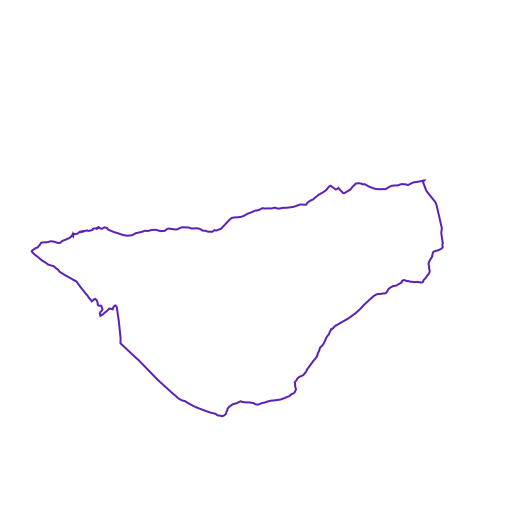 outline of Vlahita, Harghita, Romania, rotated 55°
{"feature_id": "2599482B50254025578700", "entity_name": "Vlahita", "entity_type": "district", "adm_level": 2, "iso_a3": "ROU", "parent_name": "Romania", "parent_adm1": "Harghita", "projection": "orthographic", "projection_center": [25.586, 46.382], "detail": "fine", "context": "isolated", "style": "outline", "palette": "violet", "viewbox_px": 512, "rotation_deg": 55, "n_neighbors": 0, "source": "geoboundaries", "source_scale": "gbopen_adm2", "svg_char_len": 6095}
<svg xmlns="http://www.w3.org/2000/svg" viewBox="0 0 512 512"><g transform="rotate(55 256 256)"><path d="M367.9,375.6L368.3,373.6L368.3,372.8L368.3,372.4L367.9,370.9L367.4,370.3L366.9,369.8L366.4,369.3L365.7,367.7L365.3,367.4L365.1,367.1L364.8,366.8L364.6,366.2L364.3,365.2L364.2,364.0L364.2,363.2L364.2,362.9L364.1,361.3L364.1,360.5L364.1,360.0L364.2,359.7L364.2,359.4L364.7,358.4L364.9,357.9L364.9,357.6L365.1,357.2L365.3,356.9L365.5,356.6L365.5,355.8L365.8,354.5L366.0,353.0L366.1,352.2L366.3,351.8L366.4,351.7L366.7,351.5L367.1,351.4L367.3,351.4L367.5,351.2L368.2,350.3L369.2,349.3L370.7,347.5L371.1,346.9L372.2,345.3L373.9,343.7L374.8,342.6L376.7,341.8L377.5,341.2L377.9,340.8L378.6,340.1L379.0,339.3L379.2,338.4L379.3,337.7L379.8,335.9L380.8,333.4L381.1,332.6L381.8,330.2L382.6,327.9L383.0,326.9L384.8,323.8L387.6,318.3L387.8,317.7L388.6,314.8L389.3,311.3L390.0,308.9L389.7,308.0L389.6,306.6L389.5,305.9L390.1,304.0L390.1,303.1L389.6,302.2L388.2,299.7L385.7,298.9L382.8,297.1L381.8,296.7L381.4,295.9L381.2,294.9L380.8,293.5L380.3,292.9L380.1,292.3L379.9,291.1L379.9,289.8L380.1,288.5L380.4,287.4L380.6,286.6L380.6,285.6L380.3,284.0L379.9,283.3L379.9,282.5L379.4,281.0L378.6,280.0L378.2,279.2L378.0,278.5L377.4,276.8L375.9,272.4L375.4,270.8L374.9,269.5L374.2,266.4L373.7,265.1L373.2,263.7L372.4,262.4L371.4,261.6L370.5,259.9L370.4,259.5L369.4,258.1L368.9,257.4L368.3,256.8L367.9,256.3L367.8,255.2L367.6,254.7L367.5,253.7L367.2,252.7L366.9,251.6L366.5,250.6L366.2,250.2L365.5,249.1L365.3,248.5L365.0,248.0L363.8,246.2L362.8,244.3L362.5,243.5L362.4,243.0L361.9,241.2L359.1,236.6L359.5,236.2L359.5,235.8L359.3,235.6L359.4,235.2L359.2,234.7L359.3,234.2L358.6,230.6L358.9,230.2L358.9,229.0L359.0,228.6L359.1,226.5L359.2,225.6L360.1,216.2L360.0,211.8L360.0,207.5L359.3,201.9L358.2,196.6L357.4,191.7L356.3,182.5L356.5,179.7L357.2,177.7L358.9,175.0L359.4,173.7L360.9,171.2L360.7,170.2L360.5,169.7L360.4,169.0L360.1,168.4L359.3,167.1L359.2,166.9L359.2,166.5L359.1,166.2L359.1,165.6L358.9,164.9L358.9,164.0L359.1,163.2L359.1,162.4L359.2,162.1L359.1,161.6L359.6,160.3L360.7,158.1L360.8,156.5L360.8,156.1L361.2,152.2L361.1,151.6L360.4,151.2L360.3,150.6L360.3,149.8L360.4,149.0L360.7,148.4L362.6,147.1L362.9,146.7L363.5,146.4L364.1,145.3L364.4,145.2L365.3,144.6L365.6,144.2L366.6,143.2L367.1,142.3L368.0,141.5L368.0,141.4L368.6,140.7L368.8,140.3L369.0,139.7L369.7,139.1L369.7,138.7L370.4,138.1L370.6,137.8L370.8,137.7L371.1,137.3L371.5,136.7L371.8,136.5L372.2,136.4L372.9,135.1L373.0,134.6L372.8,133.7L372.4,133.4L372.2,133.0L371.8,132.3L371.7,131.3L371.1,128.9L371.0,128.6L370.2,126.9L370.1,126.6L370.0,125.6L369.6,124.5L369.2,123.8L368.1,122.4L367.0,121.9L364.8,121.0L363.8,120.1L362.0,119.5L361.3,119.2L360.9,118.6L360.4,117.9L359.9,117.4L359.6,116.8L359.4,116.2L359.0,115.6L358.7,115.0L358.6,114.4L358.1,113.6L357.9,112.7L357.4,111.9L356.9,111.8L356.4,110.9L355.8,110.3L354.6,109.1L354.4,107.9L354.5,107.3L354.6,106.7L354.8,105.8L355.4,105.0L355.8,103.1L355.8,102.8L356.0,102.4L356.2,102.0L356.2,101.0L356.3,100.8L356.3,99.5L355.9,98.1L355.3,97.6L354.1,97.3L352.7,95.9L352.7,95.7L343.3,91.0L339.8,87.8L317.6,78.8L314.4,78.2L300.4,79.1L291.3,76.8L290.6,74.9L290.0,76.1L288.7,79.4L286.2,84.4L285.8,85.9L285.1,90.7L283.3,92.2L280.8,95.1L280.0,97.3L279.5,99.5L277.4,102.5L276.2,105.0L275.8,107.2L275.6,111.4L271.2,117.8L269.2,120.0L264.2,123.5L259.6,125.7L258.4,127.6L257.3,128.1L255.6,129.7L254.6,131.3L253.9,132.9L254.3,134.5L254.7,137.4L255.7,140.4L255.2,147.5L254.6,148.5L249.4,149.3L247.5,149.4L247.6,151.4L247.3,152.5L241.1,154.7L241.0,156.4L242.3,160.8L242.3,164.3L241.8,169.4L242.0,172.3L242.1,174.3L242.4,177.0L241.8,179.4L241.8,181.8L242.0,183.6L242.7,185.6L239.1,190.4L237.3,197.0L234.1,203.2L232.2,205.9L230.5,209.8L229.1,211.5L227.4,212.6L226.7,214.0L226.0,216.0L224.6,217.8L222.0,221.8L220.6,223.1L219.9,227.2L219.3,229.0L218.3,230.7L217.6,234.7L216.5,238.7L216.2,242.7L215.5,245.5L213.8,248.9L212.6,250.6L210.9,253.9L211.1,256.7L211.9,260.6L213.7,269.5L213.4,269.8L212.5,273.3L212.2,274.2L211.0,275.2L211.1,277.9L208.3,281.6L206.1,283.2L204.4,285.4L202.9,285.7L200.5,287.3L199.0,289.0L198.0,290.8L196.6,293.0L194.6,294.3L193.6,295.4L190.3,299.7L189.7,301.1L189.0,305.0L188.6,306.1L186.4,308.7L183.5,311.7L182.9,313.3L183.0,316.5L182.1,317.8L180.7,320.2L179.8,320.8L178.0,322.2L176.9,323.2L175.9,325.0L175.0,326.1L173.3,330.7L172.0,331.9L171.4,333.1L170.9,335.2L168.8,340.4L168.4,341.1L167.9,345.6L166.1,348.8L166.1,349.0L165.2,350.2L162.2,353.2L159.3,355.2L155.1,358.5L152.5,360.2L150.9,361.2L149.4,362.0L147.7,362.0L145.5,363.8L145.4,366.1L144.7,367.5L142.8,368.1L142.5,370.1L141.9,369.4L141.6,370.9L140.5,373.2L140.2,374.0L140.9,375.1L140.0,377.4L139.2,379.1L138.2,379.7L137.5,381.4L135.8,384.7L136.5,384.6L135.8,386.2L135.1,386.6L135.3,389.6L134.5,391.1L133.9,391.9L133.2,392.6L134.3,393.8L133.0,393.4L134.7,395.9L133.7,395.3L134.2,397.1L134.2,399.2L134.0,399.8L133.7,400.5L133.6,401.8L132.6,405.8L132.6,407.1L132.9,408.1L132.7,408.9L132.5,409.7L131.9,410.6L129.4,412.4L127.2,414.4L126.0,416.0L125.3,418.6L123.1,422.0L121.9,424.3L123.0,426.9L123.1,428.2L123.8,429.9L123.2,431.6L123.1,436.0L123.6,437.1L125.8,436.9L129.4,436.0L132.2,435.1L136.6,434.0L140.2,432.4L142.9,431.4L143.5,431.4L146.7,428.9L148.1,427.7L149.6,427.2L151.4,426.9L153.6,426.0L156.3,425.9L162.4,423.3L170.0,419.6L171.2,419.2L171.9,418.5L172.5,418.2L172.8,418.3L173.4,417.8L175.3,417.7L180.2,417.6L190.0,417.0L191.9,416.7L195.3,416.9L196.9,416.5L198.9,416.5L198.7,415.7L199.0,414.9L198.6,413.8L198.8,412.4L200.9,411.8L203.1,412.4L205.2,413.6L206.8,413.1L207.7,411.5L208.7,411.4L211.1,412.2L211.9,412.5L212.5,414.5L212.7,415.6L213.8,417.1L215.8,417.8L216.0,414.5L215.6,412.1L215.6,410.8L215.6,409.6L215.2,408.4L215.2,407.3L214.8,406.3L217.5,404.0L215.8,401.7L215.7,399.9L216.0,399.4L218.1,399.4L230.8,405.8L245.7,414.1L249.8,417.1L271.2,412.6L272.8,412.1L300.8,407.6L320.8,403.1L324.3,402.1L328.0,401.3L332.0,399.4L333.8,397.6L337.4,396.1L343.4,393.1L347.9,390.3L353.6,386.4L357.8,383.4L361.8,379.9L362.5,379.5L364.4,379.0L365.9,377.3L367.3,376.0L367.9,375.6Z" fill="none" stroke="#5b21b6" stroke-width="2"/></g></svg>